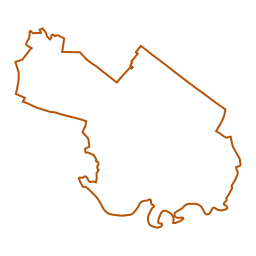 the district of Quang Dien, Thừa Thiên - Huế, Vietnam
{"feature_id": "81297802B21993860278161", "entity_name": "Quang Dien", "entity_type": "district", "adm_level": 2, "iso_a3": "VNM", "parent_name": "Vietnam", "parent_adm1": "Thừa Thiên - Huế", "projection": "orthographic", "projection_center": [107.498, 16.59], "detail": "fine", "context": "isolated", "style": "outline", "palette": "amber", "viewbox_px": 256, "rotation_deg": 0, "n_neighbors": 0, "source": "geoboundaries", "source_scale": "gbopen_adm2", "svg_char_len": 5487}
<svg xmlns="http://www.w3.org/2000/svg" viewBox="0 0 256 256"><path d="M225.4,109.4L219.4,105.2L214.7,101.9L206.5,95.7L195.3,87.6L182.4,77.9L175.2,72.3L173.9,71.3L162.5,62.4L159.1,59.9L151.7,54.4L146.5,50.2L140.9,45.9L140.5,46.3L136.9,50.9L135.8,52.3L136.9,53.1L137.8,53.8L136.9,54.7L135.0,57.1L131.8,61.0L131.3,61.6L132.2,62.4L130.4,65.5L132.7,67.3L131.6,68.5L130.2,67.4L128.1,69.7L121.4,77.0L116.8,82.5L109.1,76.5L103.7,72.3L96.6,66.5L89.7,61.9L86.8,59.6L79.8,52.2L75.8,52.2L74.3,52.2L62.2,51.9L63.4,43.7L64.2,38.5L58.6,35.6L57.6,35.3L56.7,35.4L56.0,35.5L55.4,36.0L55.0,36.2L53.6,35.1L52.8,34.6L52.5,34.5L51.9,35.0L51.5,35.7L51.2,37.6L50.3,38.9L49.9,39.4L48.8,38.4L48.2,37.6L47.1,36.2L46.4,34.5L46.1,33.8L46.1,33.6L45.7,32.7L45.5,32.1L45.0,31.3L43.9,30.2L42.7,28.5L39.7,29.7L40.9,32.9L37.0,33.0L36.7,33.0L33.9,33.2L32.8,33.0L32.2,32.6L30.4,30.8L29.7,31.4L29.5,35.2L29.1,38.3L28.9,38.6L28.8,38.8L26.6,42.3L26.2,43.5L26.1,44.2L26.2,44.7L27.4,45.8L28.7,46.5L29.8,47.1L31.6,48.1L31.0,48.6L30.3,49.3L28.1,52.1L27.3,53.2L23.0,58.8L21.9,59.8L15.4,61.9L16.8,66.4L18.6,72.1L18.8,74.0L18.6,78.6L18.4,81.8L16.9,89.5L15.8,93.9L22.6,96.8L24.9,97.8L24.3,99.0L23.2,101.1L22.9,101.7L25.2,102.4L31.2,105.0L31.7,105.3L32.7,105.8L36.4,107.5L37.1,107.8L38.2,108.1L39.8,108.6L44.5,110.1L47.2,110.9L49.9,111.8L52.6,112.2L54.2,112.3L56.0,112.6L59.0,113.7L66.0,115.6L69.2,116.4L76.0,118.1L82.0,119.8L86.3,121.3L85.9,123.4L85.4,125.8L83.8,129.2L82.5,132.3L85.2,135.1L87.9,138.1L88.2,138.6L88.7,141.4L89.4,146.6L88.1,147.3L85.1,148.7L85.1,149.2L85.1,149.7L85.2,150.2L85.3,151.3L85.4,151.8L85.4,152.1L85.5,152.4L85.9,152.5L86.7,152.5L87.4,152.5L88.1,152.6L88.5,152.6L88.8,152.7L89.1,152.8L89.3,153.0L89.5,153.2L90.0,153.4L90.5,153.8L91.4,154.3L91.7,154.4L91.8,154.5L92.1,154.5L92.9,154.5L93.1,154.5L93.4,154.6L93.5,154.7L93.6,154.9L93.7,155.2L93.8,155.5L94.0,155.8L94.1,156.2L94.4,156.4L94.6,156.6L94.9,156.8L95.1,157.1L95.5,157.9L96.2,159.6L96.5,160.0L95.9,160.8L96.2,161.2L96.6,161.5L97.2,161.8L97.8,162.0L98.3,162.7L98.4,163.0L98.4,163.4L98.2,165.3L98.1,165.5L97.5,166.1L97.3,166.3L97.2,166.6L97.1,167.0L97.2,167.3L97.4,167.8L97.8,169.5L98.2,169.5L98.5,169.6L98.7,169.9L98.4,170.6L97.7,171.6L97.2,172.2L96.9,172.5L96.5,173.3L96.6,174.7L96.6,176.2L96.8,178.1L96.6,179.6L96.2,180.2L95.9,182.3L93.7,181.7L93.2,181.6L92.6,181.6L92.1,181.7L91.6,181.9L91.0,182.0L90.4,182.0L90.1,181.9L89.4,181.6L88.9,181.1L88.6,180.8L87.4,178.3L87.0,177.7L86.7,177.3L86.4,177.0L86.0,176.7L85.6,176.5L85.2,176.4L84.9,176.3L84.6,176.4L84.2,176.7L83.3,177.5L82.9,177.6L82.4,177.8L81.6,177.7L81.1,177.7L80.5,177.6L79.6,177.6L79.4,177.7L79.1,177.9L78.9,178.2L79.0,178.8L80.3,182.0L82.9,186.9L84.6,186.7L85.6,186.9L86.6,187.5L91.0,191.5L95.0,195.4L97.4,198.2L99.5,201.5L101.4,204.9L103.4,208.7L104.3,210.0L105.7,211.5L107.3,212.8L108.6,213.7L109.8,214.1L112.0,214.5L114.6,214.9L116.0,215.1L120.0,215.6L123.3,215.6L127.5,215.1L130.5,214.7L132.2,214.1L133.9,212.5L136.7,209.0L138.6,206.1L139.7,203.4L140.7,202.4L141.9,201.5L144.3,200.8L146.6,200.6L148.5,199.9L149.6,199.5L150.2,199.4L150.7,200.1L151.0,200.6L151.0,201.9L150.9,202.7L151.2,203.5L152.2,204.6L153.7,205.6L154.1,206.3L154.0,206.8L153.3,207.4L152.5,207.9L151.5,209.0L150.9,210.5L149.6,212.9L148.4,215.4L148.0,217.5L147.9,219.0L148.3,221.7L148.7,223.0L149.7,224.6L151.0,225.6L152.9,226.5L154.8,227.1L155.5,227.3L156.2,227.5L157.2,227.5L158.4,227.5L159.8,227.1L160.9,226.5L161.7,225.9L162.1,225.2L162.2,224.6L162.1,224.1L161.6,223.7L160.9,223.6L159.6,223.3L158.7,223.0L158.2,222.6L158.2,222.1L158.4,220.0L158.8,218.4L160.2,214.9L161.3,212.7L162.2,211.7L163.2,211.0L164.1,210.7L165.3,210.8L166.7,211.2L167.9,211.7L169.7,212.7L171.4,214.2L172.4,215.5L173.0,217.0L173.6,219.1L173.5,221.2L173.1,222.9L174.1,223.0L174.9,223.0L175.5,223.0L176.4,222.6L176.9,222.3L179.9,221.2L183.5,218.7L183.1,218.0L182.7,217.6L182.1,217.5L181.2,217.5L179.7,217.8L178.7,217.8L177.6,217.8L176.3,217.5L175.6,217.0L174.7,215.8L174.5,214.6L174.6,213.4L174.9,212.8L175.6,212.2L178.0,210.8L180.5,209.4L182.7,207.9L184.1,206.2L185.6,205.0L186.6,204.4L188.3,204.0L190.0,203.8L191.4,203.8L191.7,203.8L193.2,203.8L194.5,203.8L196.6,204.1L198.3,204.7L199.9,205.5L201.2,206.6L202.9,209.2L204.0,211.6L205.0,213.4L205.9,214.2L206.7,214.3L207.8,214.4L208.7,214.1L209.4,213.7L210.3,212.4L210.5,212.0L211.5,210.2L212.5,208.4L213.0,207.9L213.7,207.7L214.3,207.7L216.0,208.7L217.6,209.7L218.8,210.1L220.4,210.4L222.4,210.2L224.5,209.7L226.7,209.0L227.2,208.1L227.3,207.6L227.2,207.2L227.0,206.7L226.7,206.4L226.5,206.1L226.1,205.7L225.9,205.6L225.6,205.4L224.9,205.1L224.4,204.8L224.2,204.7L223.9,204.2L223.9,203.7L224.0,203.1L224.1,202.8L225.1,201.9L226.4,200.8L226.7,200.1L226.7,199.7L226.5,199.2L226.3,199.0L226.2,198.6L226.3,198.2L229.2,193.6L232.1,188.3L232.2,187.9L232.0,187.4L231.7,186.3L231.7,185.8L231.8,185.4L232.3,184.6L233.0,183.6L233.5,182.6L234.4,181.4L235.0,180.0L235.9,178.1L236.9,176.3L237.4,175.0L237.6,173.9L237.7,172.2L237.4,171.3L236.7,169.8L236.2,168.2L236.1,167.4L236.2,167.1L236.6,166.9L237.5,166.6L238.5,166.4L239.2,166.3L239.8,165.6L240.5,165.3L240.6,164.9L240.5,164.5L240.4,163.7L240.3,163.4L240.0,160.5L239.8,159.3L239.7,158.9L238.6,156.8L237.8,155.4L235.8,151.9L233.0,146.9L232.0,143.5L230.7,136.7L226.0,137.7L225.6,137.4L222.6,135.4L220.2,133.7L216.1,131.1L216.8,130.0L218.9,126.5L220.9,123.0L222.4,119.9L222.7,119.4L223.0,118.7L224.0,116.1L224.1,115.8L224.2,115.0L224.5,114.2L224.7,113.4L224.9,112.2L225.2,111.0L225.3,109.7L225.4,109.4Z" fill="none" stroke="#b45309" stroke-width="2"/></svg>